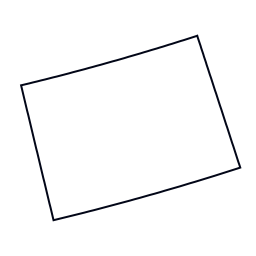 the border of Colorado, rotated 344°
{"feature_id": "USA-3522", "entity_name": "Colorado", "entity_type": "State", "adm_level": 1, "iso_a3": "USA", "parent_name": "United States of America", "parent_adm1": "", "projection": "orthographic", "projection_center": [-105.117, 39.0], "detail": "fine", "context": "isolated", "style": "outline", "palette": "ink", "viewbox_px": 256, "rotation_deg": 344, "n_neighbors": 0, "source": "natural_earth", "source_scale": "10m", "svg_char_len": 2066}
<svg xmlns="http://www.w3.org/2000/svg" viewBox="0 0 256 256"><g transform="rotate(344 128 128)"><path d="M37.0,57.5L41.1,57.7L45.2,57.9L49.3,58.0L53.4,58.2L57.5,58.3L61.6,58.5L65.7,58.6L69.8,58.7L73.9,58.9L78.0,59.0L82.2,59.1L86.3,59.2L90.4,59.2L94.5,59.3L98.6,59.4L102.7,59.5L106.8,59.5L110.9,59.6L115.0,59.6L119.1,59.7L123.2,59.7L127.4,59.7L131.5,59.7L135.6,59.8L139.7,59.8L143.8,59.8L147.9,59.7L152.0,59.7L156.1,59.7L160.2,59.7L164.3,59.6L167.6,59.6L171.6,59.5L174.7,59.5L177.8,59.5L180.9,59.4L184.0,59.4L187.1,59.3L190.3,59.2L193.4,59.2L196.5,59.1L199.6,59.0L202.7,58.9L205.8,58.9L208.9,58.8L212.0,58.7L215.2,58.6L218.3,58.5L220.0,58.4L220.0,60.6L220.1,62.7L220.2,64.9L220.3,67.1L220.4,69.2L220.4,71.4L220.5,73.6L220.6,75.7L220.7,77.9L220.7,80.1L220.8,82.2L220.9,84.4L221.0,86.6L221.0,88.7L221.1,90.9L221.2,93.0L221.3,96.3L221.4,99.5L221.6,102.8L221.7,106.0L221.8,109.3L221.9,112.5L222.0,115.8L222.2,119.0L222.3,122.3L222.4,125.5L222.5,128.8L222.6,132.0L222.8,135.3L222.9,138.5L223.0,141.8L223.1,145.0L223.2,148.3L223.3,151.5L223.5,154.8L223.6,158.0L223.7,161.3L223.8,164.5L223.9,167.8L224.0,171.0L224.2,174.3L224.3,177.5L224.4,180.8L224.5,184.0L224.6,187.3L224.7,190.5L224.9,193.8L225.0,197.0L222.3,197.1L218.9,197.2L215.5,197.3L212.1,197.4L208.6,197.5L205.2,197.6L201.8,197.7L198.4,197.8L193.1,197.9L187.9,198.0L182.7,198.1L177.5,198.2L172.2,198.2L167.0,198.3L161.8,198.4L156.5,198.4L151.3,198.4L146.1,198.4L140.8,198.5L135.6,198.5L130.4,198.4L125.1,198.4L119.9,198.4L114.7,198.3L109.4,198.3L104.2,198.2L99.0,198.1L93.7,198.0L88.5,197.9L83.3,197.8L78.1,197.7L72.8,197.6L67.6,197.4L62.4,197.3L57.1,197.1L51.9,196.9L46.7,196.7L41.5,196.5L36.2,196.3L31.0,196.1L31.2,191.8L31.4,187.5L31.6,183.1L31.7,178.8L31.9,174.5L32.1,170.1L32.3,165.8L32.5,161.5L32.7,157.1L32.8,152.8L33.0,148.5L33.2,144.1L33.4,139.8L33.6,135.5L33.8,131.2L34.0,126.8L34.1,122.5L34.3,118.2L34.5,113.8L34.7,109.5L34.9,105.2L35.1,100.8L35.3,96.5L35.5,92.2L35.7,87.8L35.8,83.5L36.0,79.2L36.2,74.9L36.4,70.5L36.6,66.2L36.8,61.9L37.0,57.5Z" fill="none" stroke="#020617" stroke-width="2"/></g></svg>